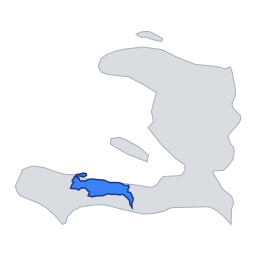 Nippes highlighted on a map of Haiti
{"feature_id": "HTI-1360", "entity_name": "Nippes", "entity_type": "Department", "adm_level": 1, "iso_a3": "HTI", "parent_name": "Haiti", "parent_adm1": "", "projection": "natural_earth1", "projection_center": [-73.453, 18.404], "detail": "fine", "context": "in_parent", "style": "filled", "palette": "blue", "viewbox_px": 256, "rotation_deg": 0, "n_neighbors": 0, "source": "natural_earth", "source_scale": "10m", "svg_char_len": 2500}
<svg xmlns="http://www.w3.org/2000/svg" viewBox="0 0 256 256"><path d="M229.9,66.8L231.6,69.6L235.3,88.5L235.7,94.6L232.0,103.8L232.6,107.4L240.5,115.8L240.6,118.9L239.7,122.0L233.0,130.0L227.8,135.5L229.5,141.8L233.7,147.8L234.2,152.8L233.0,159.4L226.5,167.6L223.2,170.5L213.6,170.9L212.5,172.0L217.3,180.1L222.7,189.1L231.6,196.2L233.6,202.8L231.5,209.1L231.1,224.5L224.4,217.0L216.9,210.7L212.5,208.3L207.9,206.8L172.5,207.6L168.6,208.6L165.5,210.7L162.2,211.7L152.5,213.6L142.8,214.0L120.3,208.9L111.3,206.3L102.4,204.6L92.0,205.2L81.7,206.7L73.5,210.4L67.3,216.8L66.2,222.8L62.5,224.3L54.2,214.8L46.6,208.0L37.9,202.9L20.0,195.7L16.8,191.3L15.4,185.9L22.6,169.5L30.8,166.5L35.3,166.0L45.4,168.0L55.3,171.7L64.4,174.2L78.3,175.1L85.9,179.1L139.6,185.4L149.8,187.4L153.7,186.7L157.2,184.2L160.1,179.8L163.4,176.5L179.3,175.7L182.6,174.3L185.0,169.6L184.9,164.8L175.5,158.4L160.9,144.2L148.0,127.5L153.5,121.9L151.4,111.6L153.5,102.1L156.5,92.8L143.8,84.8L128.7,76.9L107.9,74.4L101.5,72.3L98.1,66.4L101.1,58.4L107.9,53.9L115.6,51.2L123.6,49.3L142.7,47.0L161.7,49.6L178.2,57.8L194.9,64.3L216.0,66.4L225.5,68.8L229.9,66.8ZM148.5,155.2L147.1,161.8L126.8,153.9L110.3,144.0L111.0,138.6L119.4,137.3L127.5,140.6L139.4,147.3L148.5,155.2ZM159.6,36.7L162.8,38.9L161.6,41.6L153.6,39.9L145.3,36.9L142.5,37.7L140.9,37.3L136.0,34.4L140.3,32.2L144.7,31.5L149.5,31.6L159.6,36.7Z" fill="#d9dde1" stroke="#a8b0b8" stroke-width="1"/><path d="M74.2,177.1L75.0,176.5L75.3,176.3L75.4,176.0L76.4,174.6L76.9,174.3L77.6,174.3L78.2,174.4L78.9,174.3L82.5,173.2L83.5,173.0L86.3,173.8L86.4,175.4L84.8,176.6L82.7,176.3L82.7,176.9L80.9,176.2L79.4,176.0L77.9,176.2L76.1,176.9L76.7,177.3L78.0,178.1L79.3,178.4L79.4,179.0L79.3,179.7L79.7,180.4L81.1,181.1L83.6,180.7L84.9,181.4L87.7,179.5L91.1,179.0L103.7,180.1L105.3,180.5L108.5,182.3L110.2,182.7L116.6,182.5L119.7,182.8L122.5,184.0L124.0,184.9L125.2,185.5L126.5,185.6L128.6,185.2L129.0,186.2L129.0,187.3L127.8,189.7L128.0,192.2L130.0,192.3L131.4,193.9L131.9,196.1L133.2,197.9L132.9,200.7L131.9,203.3L131.9,205.4L132.0,207.5L130.0,204.4L129.4,200.3L126.8,197.6L123.8,194.9L121.9,194.3L120.0,194.9L118.0,194.6L115.9,194.3L111.7,194.4L107.6,193.8L105.1,194.9L102.2,195.8L99.7,195.7L97.2,195.9L92.1,196.8L88.1,195.7L88.9,193.7L89.6,192.0L87.8,191.0L86.7,189.4L85.3,188.1L83.1,187.9L80.6,188.3L78.8,190.0L77.4,189.5L75.8,188.6L73.2,188.7L70.6,188.3L72.0,184.7L73.8,182.5L72.5,181.8L72.1,180.5L73.5,178.7L74.2,177.1L74.2,177.1Z" fill="#3b82f6" stroke="#1e3a8a" stroke-width="1.5"/></svg>